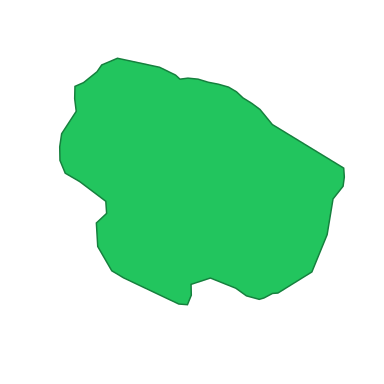 SVG path tracing the border of Imo, rotated 287°
{"feature_id": "NGA-2843", "entity_name": "Imo", "entity_type": "State", "adm_level": 1, "iso_a3": "NGA", "parent_name": "Nigeria", "parent_adm1": "", "projection": "equal_earth", "projection_center": [7.056, 5.554], "detail": "fine", "context": "isolated", "style": "filled", "palette": "green", "viewbox_px": 384, "rotation_deg": 287, "n_neighbors": 0, "source": "natural_earth", "source_scale": "10m", "svg_char_len": 741}
<svg xmlns="http://www.w3.org/2000/svg" viewBox="0 0 384 384"><g transform="rotate(287 192 192)"><path d="M93.1,221.5L82.9,220.6L81.0,212.1L89.9,151.6L93.2,138.3L112.3,117.8L134.4,109.6L146.6,116.6L157.9,112.3L169.1,81.6L172.9,65.3L183.6,56.5L196.5,52.3L209.6,50.3L235.3,57.7L247.0,52.5L258.8,49.2L264.9,56.3L279.2,66.0L287.1,68.5L298.1,81.6L301.8,124.5L299.0,142.1L296.4,147.5L299.7,154.8L301.7,164.8L301.7,175.3L302.8,185.7L303.0,196.3L300.8,205.3L296.9,213.2L294.2,223.4L290.8,232.9L280.0,249.1L259.2,330.1L250.8,333.3L241.7,334.8L226.6,328.9L190.7,333.7L150.6,330.0L120.5,303.7L118.5,298.6L111.7,291.8L109.0,287.7L108.6,274.4L112.8,262.0L115.1,234.7L103.4,218.1L93.1,221.5Z" fill="#22c55e" stroke="#15803d" stroke-width="1.5"/></g></svg>